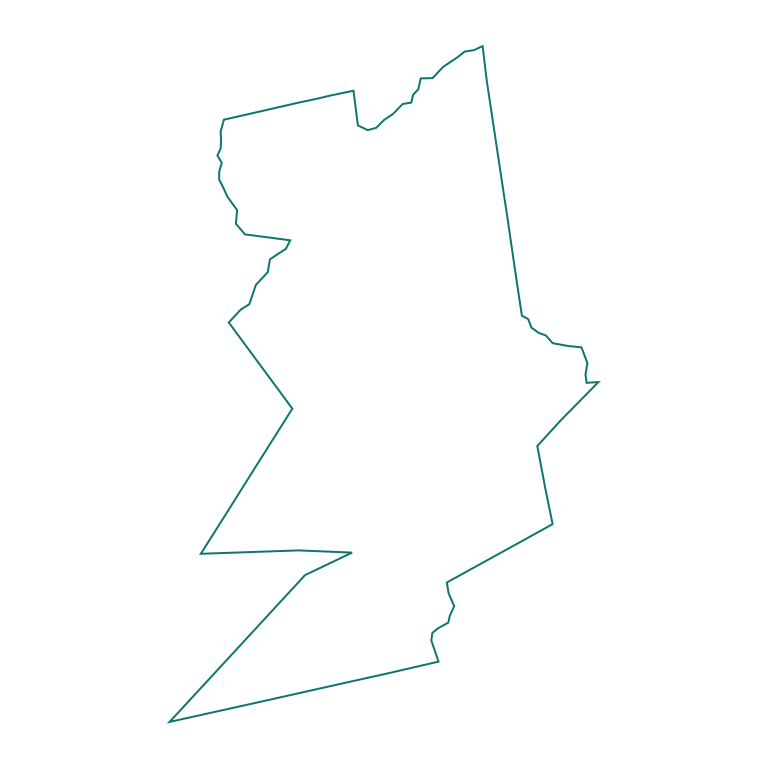 the district of Palmares, Pernambuco, Brazil
{"feature_id": "56859067B81713623285946", "entity_name": "Palmares", "entity_type": "district", "adm_level": 2, "iso_a3": "BRA", "parent_name": "Brazil", "parent_adm1": "Pernambuco", "projection": "orthographic", "projection_center": [-35.631, -8.659], "detail": "fine", "context": "isolated", "style": "outline", "palette": "teal", "viewbox_px": 768, "rotation_deg": 0, "n_neighbors": 0, "source": "geoboundaries", "source_scale": "gbopen_adm2", "svg_char_len": 1194}
<svg xmlns="http://www.w3.org/2000/svg" viewBox="0 0 768 768"><path d="M598.4,382.1L586.6,382.8L585.5,374.5L587.4,363.1L581.5,347.4L568.3,346.0L552.7,343.2L545.8,335.4L538.8,332.9L531.5,327.7L528.2,319.1L521.9,315.7L517.0,283.3L506.8,213.5L504.6,199.3L486.9,81.7L482.6,46.1L474.0,50.1L464.6,51.6L457.6,57.2L443.2,66.8L432.6,78.1L420.7,78.4L418.3,89.3L413.1,94.8L411.3,102.6L402.7,104.0L393.2,113.8L384.0,120.0L376.3,127.8L367.7,130.1L357.9,125.4L353.5,90.7L330.6,95.5L316.7,98.8L300.0,102.3L223.9,119.7L220.6,131.6L221.1,140.9L220.6,148.7L217.4,155.5L221.8,162.9L219.2,171.7L219.2,179.6L223.5,188.1L227.4,196.7L237.1,210.1L235.9,223.8L245.0,234.4L290.2,240.3L285.9,248.8L277.4,254.3L270.0,259.3L267.7,272.2L255.9,284.9L249.3,304.2L240.6,309.7L228.8,322.5L243.5,342.5L281.4,393.8L292.3,408.7L255.7,466.7L222.9,518.9L200.8,553.8L298.7,550.4L352.1,552.6L305.0,575.1L299.1,581.6L278.7,603.6L266.7,616.7L169.6,721.9L263.9,701.0L345.1,682.8L391.6,672.5L402.7,669.9L438.5,661.6L431.3,640.4L432.4,632.9L438.0,628.3L448.3,622.6L449.8,615.8L454.2,606.2L448.6,593.2L446.8,582.5L513.0,546.0L552.6,524.1L545.3,488.4L537.3,446.0L560.5,420.6L598.4,382.1Z" fill="none" stroke="#0f766e" stroke-width="2"/></svg>